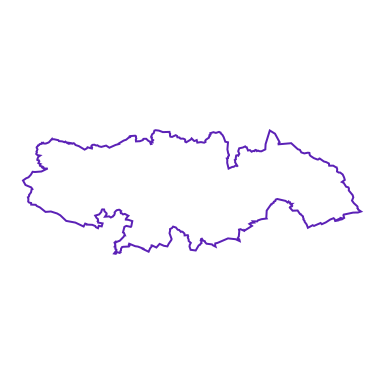 Thurles Lea-5, North Tipperary, Ireland (Equal Earth projection)
{"feature_id": "5873133B42625878328180", "entity_name": "Thurles Lea-5", "entity_type": "district", "adm_level": 2, "iso_a3": "IRL", "parent_name": "Ireland", "parent_adm1": "North Tipperary", "projection": "equal_earth", "projection_center": [-7.824, 52.667], "detail": "fine", "context": "isolated", "style": "outline", "palette": "violet", "viewbox_px": 384, "rotation_deg": 0, "n_neighbors": 0, "source": "geoboundaries", "source_scale": "gbopen_adm2", "svg_char_len": 6014}
<svg xmlns="http://www.w3.org/2000/svg" viewBox="0 0 384 384"><path d="M43.1,142.7L42.6,143.1L41.8,142.9L41.7,143.8L39.6,144.2L39.2,145.0L37.9,145.5L37.8,146.2L36.8,147.0L36.6,147.7L37.5,149.3L36.5,151.6L36.9,152.2L36.2,153.9L37.5,155.1L40.1,155.6L38.3,156.9L37.3,159.3L37.4,160.1L38.8,160.3L39.3,161.2L38.4,163.1L40.4,164.0L39.8,164.4L39.9,165.7L42.7,166.7L43.3,167.2L42.5,167.7L44.7,169.0L45.7,168.5L47.7,168.5L41.4,171.5L34.9,172.0L32.6,171.8L30.8,174.8L28.5,177.3L26.1,178.3L23.0,180.5L25.5,185.0L31.2,187.4L32.4,189.1L31.6,189.5L31.0,192.4L29.0,195.0L29.2,195.7L28.6,196.9L27.9,197.3L28.4,199.0L28.2,201.6L29.2,202.6L31.1,203.0L31.2,204.6L35.7,204.8L36.8,206.0L39.9,207.4L45.5,211.9L50.9,211.5L57.2,213.5L60.3,215.3L66.2,220.9L75.4,222.6L83.6,226.5L85.2,223.6L86.7,224.1L86.8,224.6L92.2,224.8L95.2,226.0L95.9,227.2L98.0,228.2L98.8,225.8L101.7,226.4L102.6,223.4L98.2,222.6L98.3,222.1L97.6,221.3L98.1,220.5L97.8,218.9L96.7,218.1L95.2,215.6L99.2,214.4L101.3,211.9L101.6,210.3L102.2,209.4L104.1,209.5L104.5,211.2L106.6,213.4L106.6,214.2L105.0,216.7L109.2,216.4L110.8,217.5L113.2,216.3L113.3,215.7L114.2,215.1L114.8,213.5L114.6,212.4L115.9,210.9L116.8,210.2L119.1,209.7L120.3,210.3L120.5,210.8L121.1,211.1L120.6,212.0L120.9,213.2L121.8,213.3L123.0,214.4L124.8,213.9L128.4,215.8L127.2,217.0L125.8,219.1L125.8,219.6L128.3,219.8L132.3,221.1L131.3,226.2L130.8,226.9L126.3,225.9L124.4,226.9L123.0,232.4L123.9,232.8L125.0,235.4L124.4,235.4L123.6,236.8L119.8,240.7L116.7,241.9L115.9,241.5L114.9,242.3L115.6,242.7L114.8,243.4L115.4,245.2L114.6,246.7L115.5,247.1L115.3,248.8L116.4,249.6L116.4,250.4L114.1,253.5L115.8,253.8L117.0,252.1L119.6,252.9L119.7,252.4L120.6,252.2L120.4,251.1L121.0,250.3L121.0,248.9L121.9,247.2L123.1,246.8L128.9,246.5L129.5,245.7L128.8,244.8L129.2,243.7L135.2,246.2L137.9,246.6L143.2,248.6L142.9,249.0L148.6,251.7L150.2,248.2L151.7,246.5L151.5,245.4L151.8,245.3L156.4,247.5L159.6,243.9L163.9,245.8L167.4,246.4L168.7,243.8L171.3,240.0L171.6,239.0L169.5,233.2L170.1,230.6L170.0,229.1L171.9,228.1L173.1,226.6L175.9,227.5L177.7,229.7L179.2,230.0L180.9,231.9L181.5,231.5L182.6,231.8L184.4,233.5L184.6,235.4L187.8,235.2L188.2,236.5L187.8,237.7L188.6,239.4L188.7,241.0L190.8,242.9L189.8,244.7L189.5,246.6L190.6,249.8L195.7,250.5L198.7,245.4L200.1,244.7L200.3,244.1L201.5,243.1L201.2,242.5L201.6,241.3L200.7,240.5L201.2,238.9L201.9,238.7L203.0,240.5L204.9,241.3L205.1,242.2L206.5,243.7L212.0,244.4L212.9,245.3L215.5,246.6L215.1,245.4L215.3,243.4L217.5,242.9L228.0,238.4L235.5,239.2L239.7,241.1L239.3,239.4L237.8,238.1L238.8,236.4L239.3,231.2L239.0,229.6L240.5,229.2L244.1,230.8L244.3,230.0L245.0,230.3L252.0,225.9L249.4,223.9L251.1,222.9L254.0,222.6L252.9,221.3L257.2,221.4L257.9,220.4L261.4,219.2L266.6,218.5L266.3,218.0L266.7,210.6L271.1,204.3L271.6,204.4L272.1,203.6L273.7,202.7L273.8,201.7L275.3,201.0L275.7,199.6L277.3,199.0L285.6,200.9L287.6,202.5L288.6,201.5L289.4,202.7L290.1,202.5L290.4,203.9L291.9,203.9L291.4,204.3L291.8,204.9L291.3,205.0L291.9,206.3L290.1,207.0L289.8,207.6L292.6,210.7L297.6,210.5L300.0,214.0L300.7,214.1L301.0,214.7L303.0,216.4L303.1,217.7L303.6,218.5L303.4,219.5L304.5,220.7L304.6,221.7L306.6,224.4L307.9,227.8L312.7,225.2L314.0,225.9L320.6,223.0L321.8,224.2L325.8,222.4L330.3,219.5L333.6,218.2L334.6,219.2L335.2,221.0L337.3,220.6L336.7,220.0L340.4,218.3L340.5,217.9L341.8,218.2L340.6,219.6L342.0,219.3L344.2,217.9L343.4,215.3L343.7,214.6L353.1,212.6L358.0,212.5L361.0,211.5L358.1,209.5L358.0,208.7L357.4,208.2L357.6,207.0L357.2,206.2L353.9,203.2L352.0,200.6L353.3,197.4L352.7,195.2L348.8,190.5L348.9,188.4L348.4,187.4L346.1,186.7L343.7,182.9L341.9,182.0L344.8,179.9L344.1,177.5L342.7,174.5L340.1,172.5L338.6,172.5L337.0,171.5L337.2,169.1L336.6,167.4L336.1,167.4L333.3,165.7L329.2,165.7L328.9,163.5L326.2,162.1L323.9,161.5L319.8,158.6L319.4,158.5L318.5,159.4L317.4,159.5L313.8,158.1L310.5,155.9L309.7,154.9L309.4,152.9L307.9,152.7L304.3,153.4L301.3,152.4L299.9,149.9L297.8,149.2L291.2,143.2L278.6,144.3L278.5,143.4L279.6,142.2L275.0,133.7L269.8,130.5L265.6,144.1L265.3,149.4L261.4,151.3L259.3,151.2L258.0,150.6L256.9,151.1L256.3,150.2L255.6,149.9L255.1,150.1L254.5,151.1L253.3,150.9L251.6,151.7L249.9,150.1L248.0,150.5L246.7,147.3L246.1,147.3L245.2,146.4L242.9,147.5L239.2,148.3L238.2,151.2L239.3,153.8L238.3,155.7L237.4,155.2L236.2,155.5L235.7,158.3L235.9,159.2L234.8,160.0L235.2,161.0L235.1,162.3L237.3,165.9L237.0,166.1L235.9,165.3L233.7,166.8L232.3,166.9L228.6,168.6L227.2,162.9L227.3,159.8L226.8,158.4L228.0,158.1L228.1,156.4L229.0,155.6L228.9,154.4L228.3,153.8L227.4,149.4L228.0,142.3L225.3,141.7L223.7,137.2L222.5,135.0L220.6,133.2L220.6,132.6L219.0,131.9L215.9,132.9L213.4,132.2L210.3,133.2L210.6,134.5L209.5,135.0L209.4,135.8L209.7,136.1L209.1,136.7L209.0,137.6L206.0,139.7L205.3,140.6L205.5,142.0L204.1,142.7L201.0,142.1L197.3,142.6L196.7,140.1L194.6,141.0L193.9,140.8L191.6,138.4L190.7,139.6L186.2,142.3L185.2,141.7L185.2,139.9L184.8,139.3L183.1,138.6L180.9,138.7L180.0,138.3L179.5,137.5L177.4,137.3L177.1,136.0L175.7,135.2L172.1,136.9L170.4,136.7L170.0,135.7L170.1,133.7L169.8,133.5L169.5,131.9L162.9,132.1L158.9,130.6L155.6,130.2L154.4,130.6L153.7,133.1L152.2,134.2L151.1,136.9L151.9,137.4L151.6,138.1L152.1,139.3L153.0,140.0L152.3,140.7L152.7,140.8L152.0,141.7L152.4,142.4L151.2,142.5L151.0,143.5L151.3,144.0L150.8,144.1L149.9,141.6L148.4,140.9L146.2,138.8L143.9,138.8L143.3,139.0L142.8,140.1L139.9,141.2L136.0,141.4L135.8,139.7L136.3,138.4L135.9,137.4L136.0,136.3L135.2,135.7L130.0,136.1L129.6,136.4L130.0,137.2L128.7,137.6L126.2,139.7L123.6,140.6L118.8,143.5L119.1,144.0L115.7,144.9L109.4,147.7L106.1,145.6L101.3,146.9L98.9,146.3L97.5,145.3L96.1,145.5L94.3,144.7L92.4,144.9L91.5,145.8L91.3,146.3L92.1,147.4L91.9,148.5L87.5,147.3L86.8,148.4L84.6,149.6L78.8,146.1L75.5,145.0L74.3,143.5L73.2,143.2L72.6,143.7L70.8,143.4L68.8,143.8L67.8,143.3L68.9,142.8L66.3,142.4L65.4,141.6L64.5,142.2L62.3,141.4L58.9,141.1L58.4,140.2L53.8,139.2L52.2,139.4L52.0,138.9L48.9,142.3L47.8,142.8L45.9,143.5L43.9,143.5L43.1,142.7Z" fill="none" stroke="#5b21b6" stroke-width="2"/></svg>